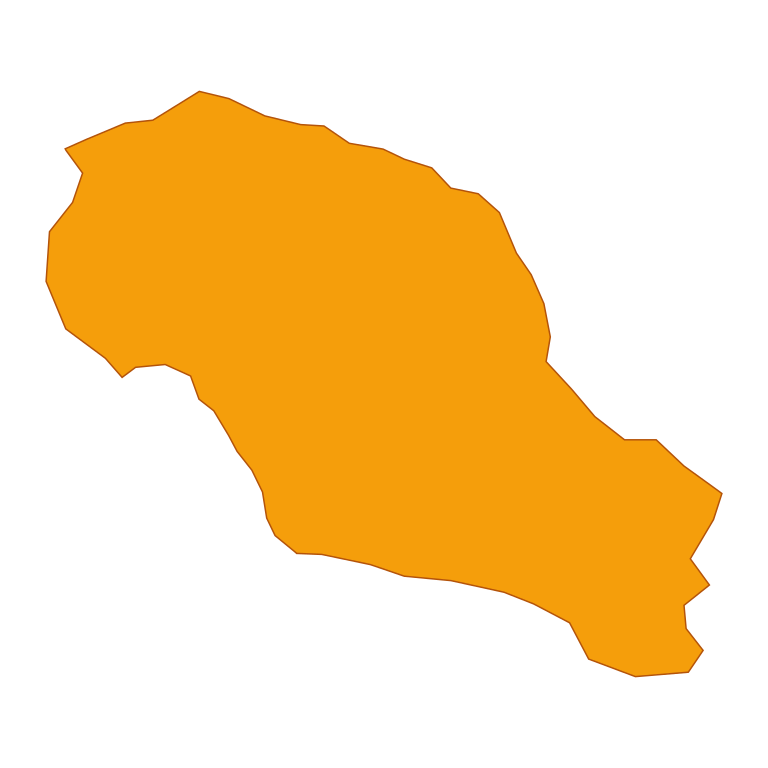 Boxholm, Östergötland, Sweden
{"feature_id": "70781695B81557548138278", "entity_name": "Boxholm", "entity_type": "district", "adm_level": 2, "iso_a3": "SWE", "parent_name": "Sweden", "parent_adm1": "Östergötland", "projection": "robinson", "projection_center": [15.154, 58.158], "detail": "fine", "context": "isolated", "style": "filled", "palette": "amber", "viewbox_px": 768, "rotation_deg": 0, "n_neighbors": 0, "source": "geoboundaries", "source_scale": "gbopen_adm2", "svg_char_len": 950}
<svg xmlns="http://www.w3.org/2000/svg" viewBox="0 0 768 768"><path d="M296.5,553.4L321.7,554.4L370.4,564.6L404.3,576.2L450.9,580.6L503.9,592.2L533.6,603.9L569.6,622.8L588.7,659.1L635.4,676.6L688.3,672.2L697.7,658.4L703.1,650.4L686.1,628.6L684.0,605.3L709.4,585.0L690.3,558.8L713.5,519.6L721.9,493.5L714.1,487.8L683.8,465.9L656.2,439.8L624.5,439.8L594.8,416.6L573.9,391.9L571.5,389.1L546.1,361.6L550.3,336.9L543.9,303.7L531.2,274.7L516.4,253.1L499.4,212.6L478.3,193.8L450.8,188.1L431.8,167.9L404.3,159.2L383.1,149.1L349.3,143.3L324.0,126.0L300.7,124.6L264.8,115.9L228.9,98.6L199.3,91.4L176.1,105.8L152.8,120.2L125.3,123.1L87.3,139.0L65.2,148.8L66.1,150.5L82.6,173.1L72.6,202.4L49.5,231.7L46.1,281.4L65.8,328.9L105.4,358.3L122.1,377.4L135.6,367.3L165.2,364.5L190.6,376.0L199.0,399.2L213.8,410.8L228.6,435.4L237.1,451.4L251.9,470.2L262.5,492.0L266.7,518.1L275.1,535.6L296.3,553.0L296.5,553.4Z" fill="#f59e0b" stroke="#b45309" stroke-width="1.5"/></svg>